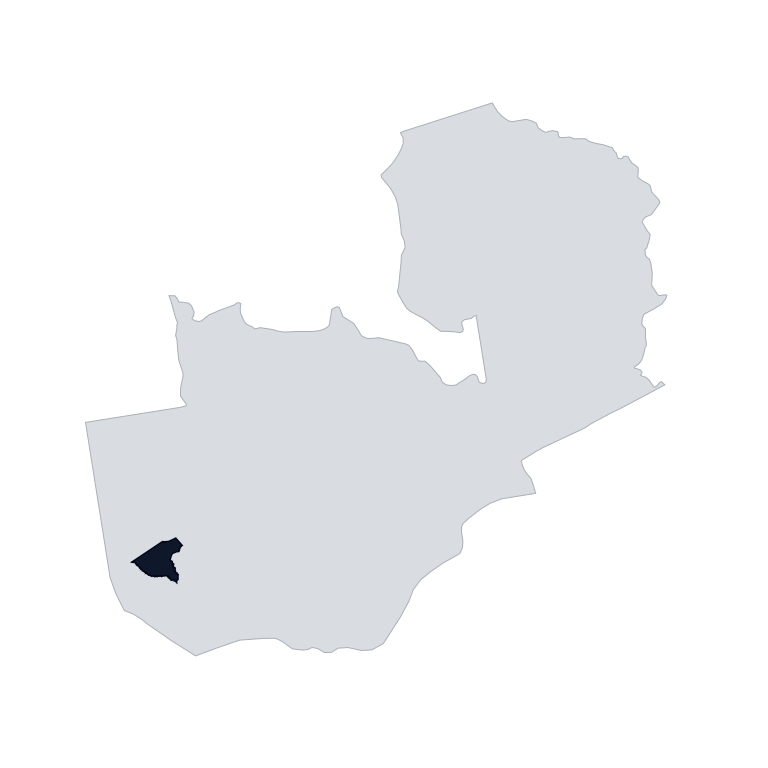 location of Nalolo, Western, Zambia, rotated 351°
{"feature_id": "96606910B50694573542024", "entity_name": "Nalolo", "entity_type": "district", "adm_level": 2, "iso_a3": "ZMB", "parent_name": "Zambia", "parent_adm1": "Western", "projection": "mercator", "projection_center": [22.885, -15.831], "detail": "fine", "context": "in_parent", "style": "filled", "palette": "ink", "viewbox_px": 768, "rotation_deg": 351, "n_neighbors": 0, "source": "geoboundaries", "source_scale": "gbopen_adm2", "svg_char_len": 8388}
<svg xmlns="http://www.w3.org/2000/svg" viewBox="0 0 768 768"><g transform="rotate(351 384 384)"><path d="M516.7,515.7L482.3,515.8L469.9,518.5L459.6,522.8L447.4,529.5L440.3,534.1L438.4,536.7L437.4,542.4L437.4,551.2L436.1,557.5L432.4,563.3L413.8,570.3L401.7,576.1L389.8,582.9L380.7,591.7L374.5,602.6L364.3,616.1L342.8,640.2L330.4,644.7L320.0,643.7L307.4,638.7L297.4,637.7L290.0,640.9L283.2,639.9L276.9,634.8L271.7,633.0L267.4,634.3L262.0,634.1L252.1,631.3L243.5,622.7L238.8,619.2L235.3,617.8L225.0,616.4L201.4,614.4L176.9,618.7L155.4,623.1L133.5,603.9L112.4,583.7L107.9,578.5L100.0,571.8L94.2,568.5L92.0,566.8L86.3,548.9L83.2,532.4L83.2,375.2L179.2,375.2L185.3,374.6L185.6,372.9L181.2,364.5L181.4,361.6L182.6,355.9L186.8,344.7L187.1,340.9L185.1,328.6L185.3,321.8L186.4,307.9L185.8,303.3L188.0,297.0L188.8,292.9L189.7,291.1L188.6,286.4L186.7,270.0L185.5,263.1L191.3,264.2L193.2,267.5L194.3,271.2L196.9,271.4L203.7,273.6L206.1,276.7L207.7,283.3L206.7,286.6L204.5,289.4L206.7,291.8L211.3,293.4L214.0,292.9L221.7,288.4L228.8,286.7L232.4,285.6L248.3,282.6L251.4,281.0L253.6,281.0L255.2,282.3L253.8,286.9L253.3,291.1L255.3,298.9L256.8,302.6L260.0,305.2L262.4,306.6L265.1,309.4L270.6,309.0L282.8,312.9L286.5,314.8L291.6,316.6L295.2,317.3L307.7,318.7L321.0,320.9L327.8,321.2L332.7,320.6L336.1,319.4L338.2,318.2L339.2,317.1L344.1,302.2L346.7,301.0L350.0,300.3L351.9,301.6L354.0,311.0L363.6,319.5L366.8,326.6L369.2,332.7L371.3,334.4L374.9,336.5L380.7,337.2L385.9,337.4L411.7,347.8L414.5,349.7L417.7,355.3L419.6,361.5L421.6,366.5L425.0,367.5L427.9,367.8L430.9,371.2L433.1,374.2L440.7,386.5L441.8,391.4L445.5,394.7L450.5,396.1L455.2,396.2L457.8,394.8L464.4,392.2L469.6,389.3L473.3,388.3L475.5,388.9L477.2,391.0L478.3,397.1L482.0,399.2L484.7,398.3L485.7,395.9L485.8,394.7L485.7,330.6L483.4,331.1L480.4,332.9L473.6,333.1L470.9,334.4L470.1,336.5L470.6,339.1L470.8,342.8L469.8,344.5L466.8,345.1L462.5,343.7L454.6,341.9L448.1,340.8L443.4,336.0L437.0,328.8L432.9,325.1L422.9,317.6L421.2,316.1L418.1,312.5L415.5,306.5L413.0,299.6L411.7,295.2L414.1,288.5L419.9,266.4L421.3,259.5L426.2,252.5L426.5,246.3L424.5,238.3L425.0,233.9L425.7,208.7L424.4,200.7L421.1,191.9L413.9,179.6L413.9,177.0L425.0,169.0L428.3,166.0L434.1,159.6L438.0,154.1L440.5,149.7L441.4,143.9L439.5,138.4L443.3,137.4L534.9,123.3L536.3,127.0L539.0,133.2L542.2,137.8L546.1,141.9L549.5,144.3L551.7,145.0L565.8,144.8L570.9,147.2L575.3,150.3L576.4,155.1L579.3,158.1L582.5,160.5L583.8,160.8L586.1,160.2L589.9,160.2L593.4,161.2L595.1,162.2L595.2,166.3L596.3,168.1L601.1,168.8L605.9,169.1L610.6,171.8L615.7,172.3L621.6,173.4L624.4,176.4L630.6,179.4L638.2,182.1L646.6,186.5L646.8,187.9L648.2,190.5L649.7,192.4L649.8,195.2L650.6,197.8L652.7,198.4L654.5,198.6L656.1,196.7L658.4,196.8L660.8,197.9L661.7,200.9L663.6,204.9L666.8,207.6L668.8,210.3L668.1,215.1L666.8,219.5L671.0,223.8L676.5,227.9L678.0,229.8L678.5,235.9L679.3,238.0L683.0,243.0L684.8,246.4L684.7,248.4L674.7,258.5L668.5,260.0L665.8,262.1L664.2,264.3L668.2,274.3L670.3,278.1L668.6,282.9L664.6,291.1L662.8,291.8L662.4,297.9L663.6,300.2L665.6,302.0L666.4,306.1L666.3,316.5L663.8,328.3L668.3,338.7L669.8,339.8L676.1,339.9L677.2,340.7L675.7,343.7L671.3,348.2L663.3,351.7L651.9,355.7L649.5,359.4L648.0,364.8L649.2,368.0L650.8,369.9L650.3,374.6L649.3,379.6L649.6,383.6L649.1,387.1L647.6,388.8L645.6,394.1L643.1,399.3L641.2,401.8L638.3,404.3L633.8,406.4L633.9,407.5L639.0,409.9L640.3,411.6L640.8,412.8L638.7,415.5L641.0,417.1L643.9,418.4L646.7,422.0L649.8,428.6L650.4,429.3L651.2,429.4L652.9,428.7L656.1,426.0L658.4,425.0L661.2,428.8L613.3,445.3L602.1,448.7L585.3,454.5L579.9,456.7L575.5,458.8L530.9,471.7L524.0,474.2L508.2,480.8L507.7,481.9L507.8,484.9L509.2,491.1L512.0,496.7L514.3,500.0L515.8,508.3L516.7,515.7Z" fill="#d9dde1" stroke="#a8b0b8" stroke-width="1"/><path d="M140.5,505.0L106.9,520.5L107.1,520.6L107.3,520.7L107.5,520.7L107.8,520.8L108.0,520.9L108.4,520.8L108.5,520.7L108.7,520.8L108.7,520.6L109.1,520.7L109.3,520.7L109.3,520.8L109.5,520.7L110.0,520.6L110.1,520.9L110.3,521.0L110.5,521.3L110.4,521.6L110.4,521.8L110.4,522.2L110.5,522.3L110.6,522.1L110.7,522.3L110.9,522.5L110.8,522.8L110.9,523.0L111.0,523.1L111.1,523.5L111.4,523.8L111.3,524.0L111.5,524.1L111.4,524.2L111.7,524.5L111.9,524.5L112.0,524.6L112.3,524.7L112.4,524.8L112.5,524.8L112.6,525.1L112.7,525.3L112.7,525.5L113.3,526.0L113.4,526.3L113.7,526.4L113.7,526.6L113.8,526.9L113.8,527.1L114.2,527.1L114.1,527.3L114.1,527.6L114.3,527.6L114.6,527.8L115.1,528.4L115.1,528.7L115.3,528.9L115.2,529.0L115.5,529.0L115.7,529.3L115.6,529.5L116.0,529.8L116.3,530.4L116.4,530.5L116.8,530.8L117.0,531.0L116.9,531.1L117.2,531.3L117.3,531.4L117.2,531.4L117.5,531.6L117.4,531.7L117.5,531.6L117.7,531.9L117.8,532.0L118.1,532.1L118.2,532.5L118.8,532.8L119.0,533.0L119.3,533.3L119.4,533.5L119.5,533.6L119.4,533.7L119.5,533.7L119.7,534.0L119.8,534.1L120.0,534.1L120.4,534.1L120.6,534.3L120.5,534.5L120.6,534.8L120.8,534.9L121.2,535.1L121.3,535.3L121.3,535.2L121.4,535.3L121.4,535.5L121.5,535.5L121.6,535.9L121.8,535.9L122.1,536.1L122.7,536.1L122.8,536.4L122.9,536.5L123.1,536.5L123.3,536.6L123.4,536.8L123.6,537.0L124.0,537.3L124.4,537.2L124.7,537.6L124.8,537.5L124.9,537.3L125.0,537.4L125.3,537.3L125.5,537.5L125.7,537.4L125.9,537.4L126.0,537.5L126.5,537.9L126.8,537.9L126.9,538.0L127.0,537.9L127.1,538.0L127.2,537.9L127.4,538.1L127.7,538.1L127.8,538.1L128.0,538.1L128.0,538.3L128.4,538.0L128.6,538.2L128.9,538.2L128.9,538.3L129.0,538.4L129.3,538.3L129.4,538.5L129.7,538.6L129.8,538.7L130.0,538.8L130.2,538.6L130.2,538.3L130.3,538.3L130.5,538.5L130.4,538.5L130.6,538.5L130.9,538.6L131.0,538.6L131.3,538.6L131.7,538.6L131.9,538.6L132.0,538.7L132.3,538.6L132.5,538.6L132.9,538.5L133.1,538.7L133.4,538.9L133.6,538.9L133.6,539.0L133.8,539.1L133.8,538.9L133.9,539.0L134.0,538.9L134.1,539.1L134.3,539.0L134.5,539.1L134.9,539.1L135.0,539.1L135.4,539.2L135.9,539.0L136.1,539.1L136.3,539.0L136.7,539.0L136.8,539.1L137.1,539.2L137.3,539.1L137.7,539.2L138.2,539.1L138.6,539.2L139.1,539.1L139.3,539.3L139.4,539.6L139.7,539.8L139.9,540.1L140.2,540.2L140.5,540.1L140.6,540.3L140.8,540.4L140.9,540.7L141.2,540.7L141.2,540.8L141.2,540.7L141.1,540.8L141.3,540.8L141.2,541.1L141.3,541.3L141.2,541.4L141.2,541.5L141.1,541.8L141.3,541.9L141.4,542.1L141.6,542.1L141.8,542.2L141.8,542.3L142.0,542.5L142.0,542.8L142.3,542.9L142.2,543.1L142.3,543.2L142.4,543.3L142.5,543.3L142.7,543.6L142.7,543.8L142.7,544.0L142.8,544.2L143.0,544.4L143.3,544.3L143.6,544.5L143.6,544.4L143.8,544.3L144.0,544.3L144.3,544.3L144.6,544.4L145.1,544.5L145.1,544.4L145.3,544.4L145.5,544.7L145.8,544.8L145.8,545.2L146.0,545.1L146.1,545.5L146.5,545.8L146.6,545.7L146.7,545.8L146.7,545.7L146.9,545.8L147.1,545.9L147.3,546.0L147.5,546.0L147.8,546.3L148.0,546.4L148.0,546.8L147.8,547.2L147.8,547.4L147.9,547.6L148.1,547.8L148.1,547.6L148.2,546.9L148.4,546.5L148.6,546.2L148.7,545.8L148.7,545.6L148.8,545.3L149.0,545.1L149.7,545.1L149.9,545.0L150.1,544.7L150.1,544.4L150.1,543.9L150.0,543.7L150.3,542.8L150.4,542.5L150.4,542.0L150.4,541.6L150.5,540.8L150.9,540.4L151.0,540.1L150.8,539.8L150.6,539.7L150.2,539.4L149.8,539.5L149.5,539.4L149.5,539.2L150.0,538.4L149.9,538.3L149.9,538.2L149.6,538.1L149.4,538.4L149.2,538.5L148.9,538.4L148.7,537.5L148.4,537.0L148.5,536.7L148.9,536.2L148.8,535.8L148.7,535.7L148.0,535.7L147.8,535.6L147.7,535.5L147.7,535.4L147.8,535.2L148.5,535.0L148.6,534.9L148.6,534.1L149.0,533.4L149.0,533.1L148.9,532.9L148.7,532.8L148.3,533.2L148.1,533.2L148.0,532.8L148.2,532.3L148.1,532.1L147.8,532.0L147.5,531.9L147.2,531.7L147.5,530.9L147.6,530.6L147.5,530.4L146.8,529.9L146.8,529.6L147.0,529.4L147.9,529.3L148.1,529.2L148.1,528.9L147.6,528.6L147.5,528.4L147.5,528.2L147.3,527.9L146.9,527.7L146.8,527.3L147.0,526.8L147.1,526.4L147.0,526.0L146.8,525.9L146.1,525.7L145.9,525.0L145.7,524.7L145.1,524.3L145.0,523.8L145.5,523.3L145.9,522.8L145.9,522.6L146.2,522.3L146.3,522.1L146.2,521.9L146.3,521.5L146.6,521.1L146.7,520.9L147.3,519.9L148.8,518.0L149.0,517.9L149.2,518.0L149.3,517.9L149.9,517.9L150.4,517.9L151.7,517.5L152.6,517.3L153.3,517.1L154.0,517.3L154.5,517.4L155.1,517.3L155.7,516.7L156.0,516.1L155.9,515.7L156.0,515.1L156.5,514.8L156.7,514.5L156.8,514.1L157.0,513.7L157.5,513.3L157.4,513.1L157.9,512.6L158.6,512.5L158.7,512.4L158.9,511.9L159.4,511.8L154.2,503.6L146.8,505.8L141.8,505.4L141.7,506.2L141.7,506.3L141.4,506.3L141.3,506.0L141.1,505.8L141.1,505.6L141.1,505.4L141.1,505.1L140.9,505.0L140.5,505.0Z" fill="#0f172a" stroke="#020617" stroke-width="1.5"/></g></svg>